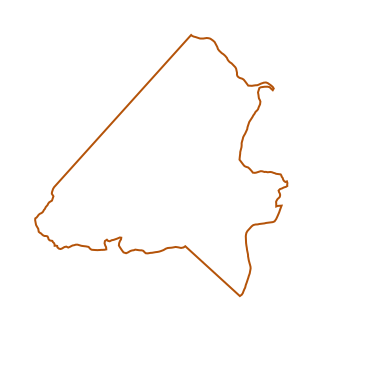 the district of Jacundá, Pará, Brazil, rotated 222°
{"feature_id": "56859067B70193935758216", "entity_name": "Jacundá", "entity_type": "district", "adm_level": 2, "iso_a3": "BRA", "parent_name": "Brazil", "parent_adm1": "Pará", "projection": "robinson", "projection_center": [-49.237, -4.593], "detail": "fine", "context": "isolated", "style": "outline", "palette": "amber", "viewbox_px": 384, "rotation_deg": 222, "n_neighbors": 0, "source": "geoboundaries", "source_scale": "gbopen_adm2", "svg_char_len": 3736}
<svg xmlns="http://www.w3.org/2000/svg" viewBox="0 0 384 384"><g transform="rotate(222 192 192)"><path d="M86.8,146.7L86.3,149.0L86.6,150.9L87.2,152.4L88.0,154.6L88.5,156.5L89.8,158.9L90.7,161.2L91.9,163.9L92.7,165.8L93.5,167.4L94.6,170.1L95.8,172.0L97.2,174.3L98.4,175.5L100.0,176.6L101.6,177.6L104.2,179.3L106.1,180.8L107.3,181.7L108.2,182.7L109.2,183.5L111.4,185.1L112.6,186.0L113.7,187.0L115.6,188.5L117.6,190.2L122.5,195.2L123.5,196.7L124.3,198.2L124.7,200.2L124.7,202.8L124.7,206.4L124.3,208.5L123.0,210.4L121.4,212.0L120.6,213.2L117.2,217.1L116.2,218.6L114.4,220.7L113.0,222.3L111.8,223.7L111.0,225.4L111.3,228.1L111.8,229.8L112.4,231.7L113.6,235.2L114.5,237.3L115.0,238.5L116.3,241.8L119.0,239.0L119.7,237.6L121.9,240.0L122.9,240.9L123.4,242.3L123.7,244.1L123.5,245.7L123.5,247.2L124.5,248.8L125.8,249.7L127.1,250.1L128.6,251.0L128.6,252.9L127.4,255.1L126.9,256.6L125.6,258.8L125.2,260.2L126.2,261.2L127.1,262.5L128.6,263.4L129.3,261.9L131.3,261.8L132.7,262.3L134.0,263.1L135.6,263.4L136.7,264.1L137.9,264.4L141.7,261.8L143.0,261.4L144.2,260.8L145.8,260.2L147.2,259.3L149.0,257.3L150.6,256.4L151.5,255.4L153.8,254.3L154.9,253.4L157.3,249.3L158.1,248.3L159.7,247.1L161.8,247.5L164.7,247.8L166.7,247.8L168.9,246.8L170.3,246.4L172.0,246.6L178.3,247.8L180.2,250.4L181.9,252.8L182.9,254.0L185.2,258.4L186.4,260.0L187.8,261.5L188.6,263.0L189.7,265.3L190.6,266.9L191.1,268.7L191.5,270.8L193.0,275.6L194.1,277.3L195.5,280.5L196.3,282.3L197.3,288.5L197.7,289.9L197.8,291.5L198.4,294.2L198.2,296.1L198.3,297.7L199.1,299.5L200.1,302.7L201.7,305.0L203.3,305.8L204.8,306.3L206.2,307.4L207.3,308.4L209.6,310.2L211.5,314.3L211.0,315.8L208.3,319.0L207.1,320.1L206.2,320.9L204.5,321.8L202.1,321.7L200.1,321.7L200.5,323.6L202.3,324.1L204.4,324.1L208.6,323.6L210.3,322.9L211.8,321.3L213.3,318.6L214.2,316.5L214.9,315.1L216.2,313.8L217.4,312.4L218.5,311.0L221.4,308.7L226.3,309.7L228.8,310.1L230.5,309.8L232.9,308.7L234.5,308.4L236.0,308.6L237.1,309.3L238.3,310.7L241.8,313.2L243.3,313.7L245.8,313.9L248.7,314.1L250.4,313.8L252.0,313.8L254.1,314.2L255.7,315.0L258.4,315.4L260.8,315.4L262.8,315.1L266.4,315.2L268.4,315.6L270.3,316.7L273.6,317.9L275.5,318.6L277.8,318.6L280.3,318.3L281.5,318.0L283.0,317.1L284.1,316.3L286.3,313.6L288.8,311.4L293.1,309.5L294.6,308.7L296.3,308.1L297.7,308.1L297.7,187.7L297.7,147.4L297.7,103.3L297.3,101.3L295.9,98.1L295.0,96.9L292.1,96.1L290.3,91.9L291.2,88.9L291.1,87.2L290.6,85.6L290.6,83.0L290.0,80.9L290.0,79.5L289.5,77.6L289.7,75.8L290.5,73.9L290.7,72.3L290.5,70.8L290.4,69.1L290.8,67.5L289.7,66.1L285.9,63.2L284.6,62.7L283.0,62.2L281.7,61.8L279.3,59.9L277.9,59.9L276.6,60.2L275.0,60.1L273.3,60.2L272.1,60.7L270.9,61.7L269.7,62.3L268.5,61.9L267.1,61.0L265.6,60.8L264.5,61.3L263.1,62.2L261.8,61.7L260.4,61.7L259.2,61.2L258.1,60.1L257.2,61.1L256.1,61.7L254.9,60.8L252.9,60.9L251.5,61.7L250.8,63.0L250.0,65.7L248.9,67.3L246.8,67.9L246.1,69.4L245.0,72.3L244.0,73.6L243.1,75.1L241.8,76.3L240.1,77.1L238.2,78.0L236.7,79.0L234.3,80.7L232.1,82.0L230.1,81.7L228.9,81.7L227.7,82.1L225.0,84.2L223.4,85.5L221.8,87.1L220.6,88.4L219.6,89.3L218.4,90.5L217.3,92.0L218.9,93.5L220.7,94.2L222.7,95.4L223.9,97.3L223.3,99.6L221.6,99.5L220.2,100.3L219.4,102.4L218.2,104.0L216.5,107.1L215.2,109.9L214.0,110.7L213.1,109.4L212.7,107.3L211.9,105.2L210.5,103.3L208.6,102.7L205.1,101.8L202.5,101.3L200.0,102.4L199.2,104.1L198.3,107.0L197.4,108.5L196.3,109.8L195.6,111.2L194.4,112.0L192.1,113.5L190.3,115.0L188.8,115.7L186.9,115.5L185.3,115.6L183.8,116.8L182.1,119.0L181.0,120.1L179.0,122.7L177.6,124.3L176.6,125.6L175.7,127.1L174.5,129.4L174.0,130.7L173.6,132.2L172.6,134.1L171.2,135.6L169.7,137.2L168.6,138.6L167.4,140.2L165.3,141.6L162.7,143.1L161.2,145.1L160.7,147.2L86.8,146.7Z" fill="none" stroke="#b45309" stroke-width="2"/></g></svg>